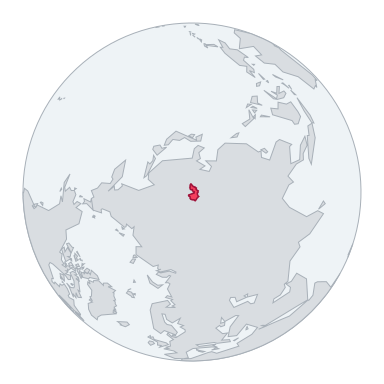 Dornod on an orthographic globe, rotated 227°
{"feature_id": "MNG-3332", "entity_name": "Dornod", "entity_type": "Province", "adm_level": 1, "iso_a3": "MNG", "parent_name": "Mongolia", "parent_adm1": "", "projection": "orthographic", "projection_center": [116.608, 48.287], "detail": "fine", "context": "on_globe", "style": "filled", "palette": "rose", "viewbox_px": 384, "rotation_deg": 227, "n_neighbors": 0, "source": "natural_earth", "source_scale": "10m", "svg_char_len": 13578}
<svg xmlns="http://www.w3.org/2000/svg" viewBox="0 0 384 384"><g transform="rotate(227 192 192)"><circle cx="192" cy="192" r="169" fill="#eef3f6" stroke="#a8b0b8"/><path d="M337.2,277.4L336.9,277.9L336.8,278.2L337.2,277.4ZM303.3,64.8L304.2,65.9L304.4,65.9L306.9,68.2L306.4,68.4L308.9,72.0L304.7,72.6L290.8,67.8L290.8,65.7L287.5,65.1L287.3,67.9L288.0,70.0L276.2,74.5L273.7,87.1L278.6,93.6L273.1,90.5L286.1,105.0L288.4,115.1L282.3,102.2L279.0,99.9L278.9,105.7L275.4,104.7L273.4,107.0L269.3,105.3L266.1,98.3L263.4,97.2L263.4,101.5L259.3,102.8L259.7,96.6L252.6,98.3L245.9,87.7L250.2,73.9L243.1,68.1L238.3,54.2L235.3,54.7L231.6,50.3L226.8,49.3L227.3,47.3L222.9,48.3L223.4,50.3L221.7,51.5L218.8,51.2L219.0,48.5L220.4,48.3L219.0,47.4L220.3,46.2L218.1,46.7L218.6,43.7L213.9,46.2L210.8,43.6L212.3,41.8L217.6,42.5L234.1,41.1L237.3,40.1L236.4,37.6L223.2,31.5L224.4,30.5L222.1,28.6L218.9,28.7L219.6,30.3L213.2,30.5L214.8,32.8L212.4,33.3L211.9,35.8L206.2,34.9L200.8,32.9L200.9,31.0L198.6,30.2L193.7,31.9L189.4,28.5L178.6,27.1L178.1,26.5L185.7,25.0L197.7,25.0L207.5,24.5L195.2,24.5L194.2,23.6L191.5,23.5L188.2,23.5L186.2,23.9L184.6,23.7L196.2,23.2L197.8,23.3L194.1,23.4L199.8,23.5L207.6,23.8L206.5,23.7L207.3,23.7L220.5,25.5L233.4,28.2L246.2,32.0L258.5,36.7L270.5,42.4L282.0,49.0L292.9,56.5L303.3,64.8ZM351.7,160.3L350.4,158.2L351.2,157.4L351.7,160.3ZM349.5,158.3L350.0,158.7L349.6,158.7L349.5,158.3ZM349.1,159.2L349.4,158.6L349.3,159.6L349.1,159.2ZM348.9,160.8L349.0,159.9L349.0,160.1L348.9,160.8ZM347.9,162.5L347.6,162.8L347.6,161.6L347.9,162.5ZM288.8,71.2L287.6,68.1L289.1,66.2L290.5,68.7L288.8,71.2ZM285.6,75.6L284.0,73.6L287.9,74.0L287.6,74.9L285.6,75.6ZM282.9,98.7L282.5,95.6L284.0,99.1L282.9,98.7ZM273.8,107.6L275.0,109.0L273.4,109.7L273.8,107.6ZM215.1,36.1L213.6,35.9L214.5,35.5L215.1,36.1ZM216.4,37.4L218.6,37.1L219.5,37.7L218.1,37.9L216.4,37.4ZM265.7,107.8L262.9,108.7L265.2,106.5L265.7,107.8ZM213.5,37.7L220.8,38.8L222.4,39.9L218.6,41.6L213.5,37.7ZM260.8,108.4L253.9,111.0L255.9,114.0L246.2,107.3L255.3,107.1L257.9,103.9L258.4,106.9L260.8,108.4ZM224.8,51.1L224.2,48.9L227.3,51.0L224.8,51.1ZM227.2,52.2L239.3,57.7L238.8,60.9L234.9,58.3L236.3,63.0L230.1,61.9L227.9,59.1L229.5,57.1L225.9,58.2L227.2,52.2ZM242.0,103.4L239.8,103.1L241.5,102.1L242.0,103.4ZM221.2,52.1L223.7,52.8L223.4,55.7L218.4,54.8L220.1,54.1L221.2,52.1ZM239.7,64.9L238.7,67.1L233.3,66.7L232.2,67.5L229.9,62.2L239.7,64.9ZM218.7,53.4L215.9,54.3L213.4,52.8L218.8,51.7L218.7,53.4ZM225.5,56.8L225.1,58.2L223.7,57.1L225.5,56.8ZM203.1,48.3L206.1,48.8L206.2,50.3L203.1,48.3ZM215.0,54.8L215.8,55.4L216.2,56.1L213.9,56.4L215.0,54.8ZM226.3,62.4L224.4,61.9L227.0,64.5L223.1,64.5L222.3,61.1L221.0,62.6L219.9,62.6L220.5,59.8L226.3,62.4ZM212.6,59.0L210.3,54.9L204.7,53.4L204.4,52.0L213.4,54.6L212.6,59.0ZM217.2,59.7L214.3,58.9L215.5,57.4L218.1,57.0L217.2,59.7ZM220.8,65.9L226.9,66.7L226.9,67.5L220.8,65.9ZM210.8,58.8L211.4,59.8L210.3,58.9L210.8,58.8ZM217.5,64.0L219.7,64.1L219.6,65.0L217.5,64.0ZM210.8,61.8L210.1,60.4L211.8,60.1L210.8,61.8ZM213.7,63.0L213.0,64.2L212.9,60.8L214.7,62.9L213.7,63.0ZM217.0,64.7L217.7,65.3L216.1,64.6L217.0,64.7ZM204.5,64.1L203.9,59.9L207.9,59.1L207.9,63.2L204.5,64.1ZM76.2,69.0L76.4,71.3L70.9,77.6L63.6,94.3L61.8,97.5L57.2,100.1L47.3,121.1L50.6,121.7L47.1,138.7L48.3,147.6L58.3,141.7L56.5,126.7L61.6,119.8L67.4,128.0L69.8,141.8L71.9,139.6L74.9,127.7L80.1,128.0L76.5,123.4L74.5,127.4L72.2,124.8L73.8,121.1L75.6,121.2L76.2,116.6L67.6,117.7L64.7,121.8L63.4,112.7L58.4,118.8L56.4,118.0L64.1,107.3L66.8,105.6L77.3,91.0L74.3,91.8L64.2,105.9L65.3,102.8L61.1,104.7L65.1,100.9L76.9,85.9L78.8,78.5L73.2,76.2L76.0,71.9L82.0,65.9L92.1,61.1L84.7,71.3L88.2,70.3L96.6,64.4L93.6,68.2L96.2,67.2L94.0,71.2L97.9,73.9L96.7,77.8L104.8,76.4L105.3,78.3L100.4,78.5L96.4,81.0L94.4,91.7L96.0,93.0L101.3,91.3L100.1,94.7L105.6,91.8L107.7,97.4L109.7,88.3L116.1,86.6L120.9,88.9L123.4,86.9L115.5,83.3L112.1,83.4L108.5,86.0L99.4,85.6L98.7,82.6L109.6,77.2L109.8,72.6L118.2,70.9L134.2,80.9L137.5,86.7L129.3,100.2L124.7,99.8L125.4,94.5L118.8,101.1L122.2,99.7L121.2,102.7L127.0,102.4L126.6,104.5L132.9,100.7L133.0,103.3L129.0,105.6L137.8,107.9L139.8,113.2L141.9,112.7L143.7,110.7L145.1,119.1L146.6,118.4L146.8,115.4L150.0,112.1L156.1,109.7L156.3,112.7L154.1,114.0L149.6,121.4L143.7,124.7L144.4,125.7L149.6,123.7L155.0,114.5L158.7,112.3L156.7,116.7L157.7,114.9L159.6,114.8L161.6,117.5L164.0,112.8L184.4,108.4L190.2,113.8L186.2,117.9L200.6,119.3L206.1,126.0L206.2,123.0L213.2,122.2L211.6,120.0L212.2,118.6L229.3,116.3L233.5,118.4L241.0,114.9L241.1,113.5L238.4,111.6L246.2,107.3L255.9,114.0L255.2,116.8L261.7,119.4L259.3,125.6L260.3,132.2L254.0,138.0L255.3,143.0L257.7,143.5L261.4,151.0L260.6,165.2L250.7,151.4L249.8,131.2L249.2,139.1L246.2,136.8L244.1,139.4L243.9,145.2L245.9,146.2L229.5,154.1L223.0,169.3L231.1,168.6L235.4,173.3L235.0,191.7L216.6,215.3L222.1,223.2L221.9,228.2L215.9,231.0L216.1,223.8L210.7,220.9L211.7,216.5L202.2,219.3L203.2,213.2L195.3,218.6L197.4,223.7L205.4,223.3L198.1,231.0L205.3,239.8L205.2,249.5L190.1,264.7L176.0,267.8L175.0,270.5L169.9,266.4L162.4,270.6L171.2,287.6L170.7,291.8L158.8,297.4L158.7,294.4L145.3,283.6L142.2,292.8L152.3,303.2L155.8,312.6L147.7,308.1L144.3,299.5L139.5,295.4L141.3,287.4L138.2,273.0L130.1,273.0L131.1,267.7L125.7,253.7L114.3,252.8L95.8,259.0L92.6,271.2L86.5,273.4L81.1,249.6L82.7,235.6L78.2,233.6L74.7,216.6L61.3,201.3L61.6,196.6L58.6,195.1L56.5,186.4L58.0,179.0L55.7,175.6L52.3,195.3L55.1,199.0L60.6,198.1L58.9,203.8L61.2,213.2L50.4,216.5L34.2,203.1L36.5,192.9L44.4,154.7L46.3,152.8L46.5,152.5L46.8,151.8L43.6,154.1L46.2,147.1L37.8,170.7L34.8,178.7L33.9,203.3L33.1,203.4L34.0,210.0L41.6,219.7L40.8,222.5L34.8,229.1L27.7,228.6L30.9,242.7L31.5,244.7L28.2,233.3L25.6,221.6L24.0,209.7L23.1,197.8L23.2,185.8L24.0,173.9L25.7,162.1L28.2,150.4L31.6,138.9L35.8,127.7L40.7,116.8L46.4,106.3L52.8,96.2L60.0,86.6L67.7,77.5L76.2,69.0ZM71.2,74.0L69.8,75.3L71.2,74.0ZM68.4,161.8L72.4,170.1L77.5,160.7L79.5,163.2L80.5,159.2L77.8,160.0L81.3,149.8L85.5,151.7L88.5,148.4L87.3,145.5L79.0,143.9L74.0,158.2L70.2,158.7L68.4,161.8ZM193.5,23.6L192.6,23.6L189.2,23.6L190.9,23.5L193.5,23.6ZM173.3,25.4L171.2,25.1L173.9,25.1L175.9,24.6L184.2,24.2L178.3,26.2L179.5,25.3L173.3,25.4ZM193.5,24.8L188.9,24.5L194.1,24.8L193.5,24.8ZM112.1,59.3L109.1,61.4L106.7,61.2L108.1,57.2L111.7,57.2L112.1,59.3ZM105.6,64.5L116.0,60.9L115.5,63.6L114.0,62.6L112.7,64.7L109.9,63.8L99.2,70.3L96.4,70.7L100.6,62.4L100.8,64.8L103.6,62.4L105.6,64.5ZM143.5,49.9L148.0,49.2L141.2,55.8L137.7,55.7L138.9,51.4L143.7,49.0L143.5,49.9ZM205.3,40.8L207.5,40.7L207.4,41.4L205.5,42.0L205.3,40.8ZM204.5,48.4L195.7,42.2L197.8,41.7L190.2,39.1L192.7,36.8L197.5,38.5L193.7,35.0L199.0,35.6L195.8,33.5L206.3,37.5L211.0,38.2L204.9,38.2L202.5,40.2L202.9,41.3L207.4,45.0L216.2,47.8L215.3,50.6L212.2,51.8L210.0,51.5L211.3,49.8L207.3,50.7L207.5,48.0L204.5,48.4ZM177.5,68.7L180.0,66.0L172.1,68.9L172.2,65.6L171.3,66.1L169.2,63.9L165.1,62.4L166.0,60.8L164.0,60.9L162.6,59.6L160.2,59.2L160.9,56.5L158.0,55.9L160.0,55.0L154.8,54.7L159.0,53.7L157.6,52.1L154.3,53.9L163.9,41.7L164.8,37.9L163.2,35.5L170.5,34.5L176.7,36.4L181.3,40.1L179.4,44.1L183.1,43.2L183.3,44.9L180.3,44.9L185.0,45.9L184.4,47.4L188.5,51.7L195.6,52.6L197.3,54.4L194.2,54.8L198.0,56.3L193.3,58.3L194.3,59.7L190.7,63.2L184.1,63.5L185.8,65.0L183.1,68.0L177.5,68.7ZM203.3,65.0L195.3,65.7L191.4,64.3L199.3,58.8L199.0,57.3L203.9,54.0L209.4,56.2L207.5,56.9L206.9,58.1L205.4,56.9L206.2,58.8L203.6,59.8L203.4,61.6L200.9,61.3L203.3,65.0ZM63.1,98.5L62.3,100.6L61.8,103.4L59.1,104.7L63.1,98.5ZM70.9,88.2L70.7,89.6L66.7,92.5L67.6,90.5L70.9,88.2ZM74.0,88.0L71.0,89.4L73.1,87.5L74.0,88.0ZM100.5,79.8L100.7,81.4L99.4,82.1L97.7,81.9L100.5,79.8ZM154.0,77.8L156.0,76.2L156.9,76.6L162.9,75.1L163.2,77.6L159.8,79.5L154.0,77.8ZM56.1,140.6L53.7,139.7L54.4,137.5L55.1,138.2L56.1,140.6ZM55.0,121.2L53.6,126.7L54.3,121.5L55.0,121.2ZM155.4,80.3L157.8,79.3L156.5,81.2L155.4,80.3ZM163.8,79.4L162.8,81.6L164.0,77.8L163.8,79.4ZM37.9,261.4L39.5,264.3L39.4,262.8L42.9,270.8L44.5,274.4L37.9,261.4ZM198.9,334.9L204.1,335.4L203.9,335.8L198.9,334.9ZM193.4,333.3L199.3,333.6L192.4,334.2L193.4,333.3ZM201.7,333.7L207.7,332.7L210.3,331.9L209.9,332.9L201.7,333.7ZM189.4,333.1L167.7,330.8L159.3,328.2L161.2,326.9L174.9,329.3L189.4,333.1ZM160.5,326.7L147.7,319.1L130.9,298.2L136.9,300.4L154.7,314.8L153.5,316.2L161.3,321.8L160.5,326.7ZM191.9,321.0L190.6,325.7L178.7,324.3L173.2,322.9L169.5,316.2L171.6,313.2L176.0,313.9L193.5,303.6L199.6,306.8L194.1,311.6L199.0,316.2L191.9,321.0ZM93.1,272.8L95.8,282.0L92.6,281.5L93.1,272.8ZM200.9,295.2L193.7,300.4L200.4,293.3L200.9,295.2ZM205.1,288.2L205.4,291.1L202.6,288.2L205.1,288.2ZM174.5,274.8L169.8,274.8L169.9,272.6L175.9,271.3L174.5,274.8ZM205.0,257.6L204.4,264.4L203.3,266.6L201.5,262.5L205.0,257.6ZM161.9,102.7L153.2,101.8L147.2,103.3L144.1,107.3L144.7,101.4L154.0,99.1L161.9,102.7ZM181.6,107.3L184.2,104.1L185.6,106.0L185.2,107.0L181.6,107.3ZM181.4,105.0L179.8,100.3L182.9,98.8L183.5,102.8L181.4,105.0ZM167.2,89.6L164.6,89.1L165.8,87.5L167.2,89.6ZM255.7,348.5L254.2,349.1L250.5,350.5L246.2,352.0L243.3,352.3L239.7,353.5L243.3,351.8L238.0,353.9L235.2,353.8L228.6,354.8L195.4,359.8L188.1,359.5L190.0,358.6L183.3,354.6L185.7,354.8L184.2,351.4L203.8,348.3L217.8,340.4L228.8,339.8L237.0,332.8L248.2,331.2L244.8,336.4L256.5,336.3L264.5,324.3L271.4,332.1L279.6,331.4L281.6,333.9L267.5,343.2L255.7,348.5ZM308.8,310.8L310.4,309.7L312.8,308.7L310.3,310.6L308.8,310.8ZM333.1,283.8L333.7,283.4L332.1,285.6L333.1,283.8ZM336.8,278.2L334.9,280.9L337.2,277.4L336.8,278.2ZM317.6,299.8L318.3,299.6L317.7,300.3L317.6,299.8ZM317.0,300.1L318.0,298.5L317.8,299.5L317.0,300.1ZM309.5,300.6L310.5,299.4L311.0,299.5L309.5,300.6ZM211.8,335.2L219.1,331.6L223.1,331.0L211.8,335.2ZM308.1,300.3L305.7,301.7L305.9,301.0L308.1,300.3ZM308.3,298.8L308.1,298.1L309.6,299.1L308.3,298.8ZM303.6,299.7L306.6,299.5L303.2,300.0L303.6,299.7ZM301.8,300.9L299.6,301.4L299.7,301.0L301.8,300.9ZM276.8,313.2L285.1,315.3L278.4,317.9L271.0,317.2L265.1,322.1L251.9,324.9L254.9,322.3L253.2,319.5L239.5,320.8L236.8,319.0L241.6,316.8L232.6,316.3L242.5,313.9L246.5,317.8L252.1,313.2L261.7,311.9L271.1,310.7L278.6,311.4L276.8,313.2ZM242.5,323.6L244.2,323.3L242.7,324.8L242.5,323.6ZM295.4,301.2L298.6,301.6L298.2,302.3L296.6,302.8L295.4,301.2ZM280.4,310.0L288.5,303.3L290.4,302.6L285.0,308.7L280.4,310.0ZM286.5,301.8L290.3,300.7L292.3,301.9L291.5,302.7L286.5,301.8ZM222.4,322.0L222.0,323.3L219.5,322.5L222.4,322.0ZM225.7,321.0L233.4,321.5L225.0,322.1L225.7,321.0ZM202.5,317.4L204.7,320.5L211.8,318.5L206.4,321.3L211.2,326.1L209.6,327.9L204.8,322.8L203.2,328.1L200.1,328.0L198.4,323.4L201.5,317.6L204.6,315.2L217.4,313.9L202.5,317.4ZM225.7,317.3L223.6,313.9L225.2,311.3L227.4,313.1L225.7,317.3ZM217.7,305.1L212.4,300.7L207.5,302.5L217.5,295.8L220.9,301.2L217.7,305.1ZM213.3,295.0L208.7,296.7L213.5,292.8L213.3,295.0ZM207.6,295.1L207.2,291.7L210.8,292.2L207.6,295.1ZM215.7,295.1L216.7,289.3L218.4,292.7L215.7,295.1ZM205.9,284.0L213.4,289.7L203.5,287.2L203.5,275.6L207.7,275.4L205.9,284.0ZM232.2,233.1L231.3,229.3L235.3,228.1L234.7,231.0L232.2,233.1ZM247.4,221.8L236.1,226.6L226.8,230.7L229.5,232.3L227.2,238.9L223.3,233.1L230.0,225.6L236.9,223.7L238.2,218.1L243.5,213.8L242.7,206.9L245.1,203.6L247.9,209.4L247.4,221.8ZM242.1,204.0L242.7,191.6L250.0,192.4L251.5,195.3L248.2,200.6L244.5,199.8L242.1,204.0ZM245.0,188.9L241.4,188.1L234.8,170.1L235.2,166.6L244.1,180.2L241.3,180.3L241.6,184.7L245.0,188.9ZM240.4,104.7L239.9,103.3L241.6,104.4L240.4,104.7ZM211.1,117.4L212.2,115.7L214.2,116.8L211.1,117.4ZM216.3,111.5L213.3,111.4L216.4,110.2L216.3,111.5ZM206.6,111.5L212.1,110.8L207.0,113.4L206.6,111.5Z" fill="#d9dde1" stroke="#a8b0b8" stroke-width="1"/><path d="M192.1,187.5L191.7,188.4L191.3,189.4L190.9,190.3L190.9,190.5L190.4,191.3L190.4,192.0L189.9,192.4L189.8,192.5L189.9,192.9L189.9,193.0L190.0,193.1L190.5,193.7L190.6,193.8L190.7,193.7L191.0,193.4L191.3,193.3L191.6,193.3L191.8,193.3L192.3,193.2L192.5,193.2L192.7,193.3L192.9,193.4L193.4,193.9L193.5,193.9L193.6,193.6L193.8,193.5L194.2,192.9L194.3,192.9L194.7,192.8L194.9,192.8L195.0,192.7L195.2,192.8L195.3,192.8L195.7,192.8L195.8,192.9L195.9,193.0L196.2,193.4L196.3,193.5L196.7,193.7L196.9,193.7L196.9,193.8L197.0,193.9L197.0,194.1L197.3,194.3L197.3,194.5L197.7,194.8L197.8,194.8L198.0,195.0L198.3,195.3L198.3,195.6L198.5,195.8L198.6,196.0L198.6,196.3L198.7,196.5L198.4,196.7L198.4,196.8L198.2,196.9L197.9,196.8L197.6,196.8L197.0,196.7L196.9,196.7L196.7,196.5L196.6,196.4L196.4,196.5L196.2,196.7L195.9,196.7L195.7,196.7L195.4,196.6L195.2,196.6L194.8,196.9L194.7,196.9L194.6,197.0L194.4,197.2L194.2,197.2L193.9,197.0L193.6,197.1L193.5,197.3L193.5,197.6L193.4,197.7L192.7,197.7L192.4,197.6L192.2,197.8L191.9,197.9L191.8,197.7L191.4,197.0L191.3,196.9L190.4,196.9L190.0,197.0L189.1,197.0L188.9,197.1L188.6,197.3L188.3,196.8L188.2,196.6L188.0,196.4L187.7,196.3L187.7,196.2L187.6,195.8L187.7,195.3L187.7,195.2L187.3,195.0L186.4,194.2L185.2,193.9L184.8,193.7L184.7,193.6L184.2,193.8L184.2,193.5L184.2,193.2L184.2,192.8L184.1,192.7L184.0,192.4L184.0,191.9L184.0,191.7L184.1,191.4L184.1,191.2L183.9,190.8L183.6,190.1L183.5,189.9L183.5,189.7L183.5,189.2L183.5,188.8L183.5,188.7L183.4,188.4L184.0,188.1L184.3,188.1L184.5,188.2L184.5,188.3L184.7,188.2L184.8,188.2L185.0,188.1L185.2,187.9L185.3,187.8L185.3,187.7L185.5,187.4L185.9,187.1L186.0,187.0L186.1,186.9L186.3,186.8L186.6,186.6L186.8,186.6L187.0,186.4L187.3,186.2L187.5,186.1L187.9,186.2L188.0,186.2L188.3,186.2L188.5,186.2L189.0,186.5L189.3,187.0L189.6,187.2L189.7,187.3L189.8,187.3L190.0,187.3L190.3,187.3L190.9,187.0L191.1,186.9L191.3,186.9L191.4,187.0L191.9,187.2L192.0,187.3L192.1,187.5Z" fill="#f43f5e" stroke="#9f1239" stroke-width="1.5"/></g></svg>